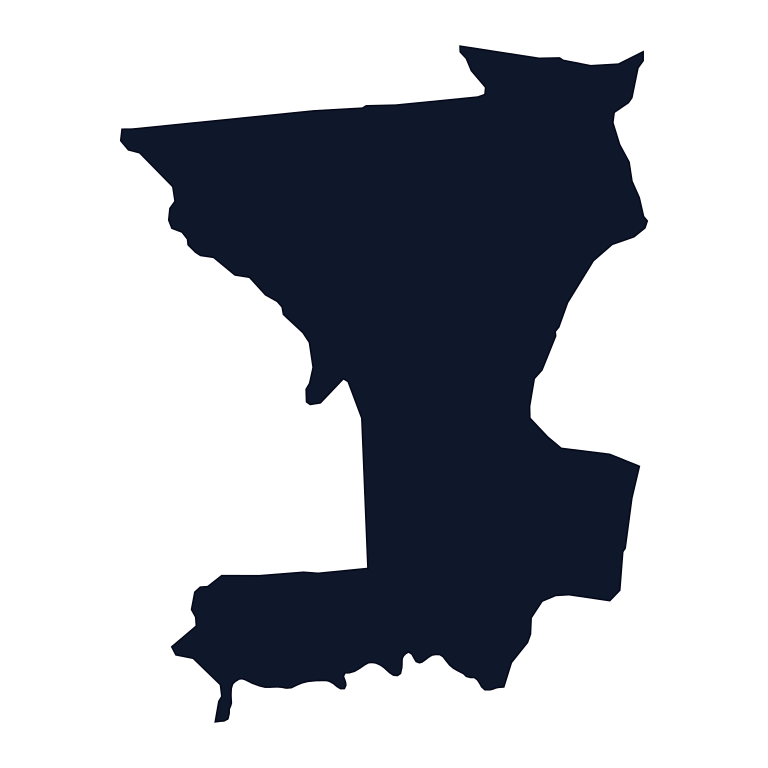 the district of Zapotitlán, Jutiapa, Guatemala
{"feature_id": "79465075B8015591970970", "entity_name": "Zapotitlán", "entity_type": "district", "adm_level": 2, "iso_a3": "GTM", "parent_name": "Guatemala", "parent_adm1": "Jutiapa", "projection": "orthographic", "projection_center": [-89.829, 14.111], "detail": "fine", "context": "isolated", "style": "filled", "palette": "ink", "viewbox_px": 768, "rotation_deg": 0, "n_neighbors": 0, "source": "geoboundaries", "source_scale": "gbopen_adm2", "svg_char_len": 2540}
<svg xmlns="http://www.w3.org/2000/svg" viewBox="0 0 768 768"><path d="M215.2,721.9L221.1,721.1L223.9,721.0L227.9,718.9L229.2,713.5L229.2,709.2L230.7,705.6L231.4,702.9L231.1,698.3L231.0,695.4L231.1,691.4L231.3,688.2L232.7,683.8L235.3,681.4L239.2,679.0L242.1,678.7L245.1,679.6L248.3,681.2L252.1,683.1L259.4,685.8L265.1,687.2L269.8,687.2L273.2,687.0L277.5,686.9L281.6,687.2L286.3,688.1L291.4,687.7L297.3,684.8L302.2,682.8L307.8,681.4L316.0,680.6L323.8,680.5L326.8,680.6L329.4,681.3L333.4,683.5L337.1,686.6L340.6,688.7L344.4,688.6L345.9,685.1L345.5,682.1L344.6,679.5L343.4,676.3L345.1,672.9L349.3,672.8L354.5,671.3L359.9,668.1L364.8,664.7L368.6,662.7L372.2,662.5L375.9,663.0L380.4,665.0L384.1,667.6L389.8,672.8L393.3,675.1L397.4,675.6L400.5,673.5L401.8,667.6L402.0,664.3L402.0,661.6L402.2,658.4L403.6,655.7L405.6,653.7L408.5,652.0L411.9,654.1L414.3,658.5L416.2,661.6L419.4,662.8L422.0,662.1L425.6,659.5L428.5,657.2L432.0,655.1L435.6,654.5L439.8,654.6L443.1,656.7L445.6,660.0L449.6,665.0L453.4,668.2L457.2,670.4L460.5,672.1L463.5,673.6L466.3,676.4L470.5,677.5L474.4,677.5L477.5,679.9L480.3,684.3L481.6,686.8L484.9,689.8L490.1,689.8L493.1,689.0L495.7,688.0L498.4,687.4L503.8,687.0L511.4,662.6L527.5,642.5L530.5,634.1L531.2,617.8L542.1,601.2L555.6,595.5L568.9,594.7L609.8,600.7L619.8,590.3L622.8,551.7L625.2,548.3L631.9,498.0L639.4,466.3L609.7,454.3L561.2,448.3L547.5,436.8L529.9,418.1L529.6,406.5L534.3,378.6L542.0,370.0L555.7,336.0L555.2,331.5L558.8,327.1L567.6,302.6L593.3,260.8L612.2,244.4L634.0,236.8L645.0,227.9L647.3,220.9L643.6,216.5L639.3,197.7L632.0,181.2L629.1,162.1L619.6,144.5L612.9,122.7L614.2,112.4L628.4,102.7L631.9,97.7L638.0,67.9L643.2,60.7L643.2,51.7L618.4,64.1L590.7,65.7L563.1,60.3L559.6,57.9L539.0,58.3L460.0,46.1L460.2,51.9L466.3,58.5L471.4,70.7L485.6,87.4L484.9,94.5L477.8,97.0L395.7,105.1L366.1,105.8L362.5,108.1L314.2,110.8L132.0,129.1L122.0,129.2L120.7,140.7L128.4,149.9L139.6,152.8L172.8,186.7L175.0,201.3L169.9,208.4L168.7,220.1L171.9,228.3L182.0,232.1L187.5,239.1L188.1,244.9L195.5,252.2L200.5,255.5L213.6,257.4L234.9,275.0L249.5,277.3L265.5,294.9L277.2,301.4L282.1,307.0L283.4,314.4L287.7,318.5L302.9,332.6L309.4,342.5L313.1,367.4L309.6,383.4L306.1,389.3L306.5,401.9L310.2,404.5L320.4,402.9L343.4,378.7L348.1,381.6L361.8,418.2L367.9,568.4L318.2,573.3L303.5,572.2L259.2,575.7L221.7,575.6L207.7,586.6L200.3,587.1L194.8,592.1L191.5,609.6L195.7,617.1L196.3,626.0L174.0,644.9L171.7,646.8L175.9,654.9L193.2,658.3L220.4,684.7L221.8,696.4L218.8,701.4L215.2,721.9Z" fill="#0f172a" stroke="#020617" stroke-width="1.5"/></svg>